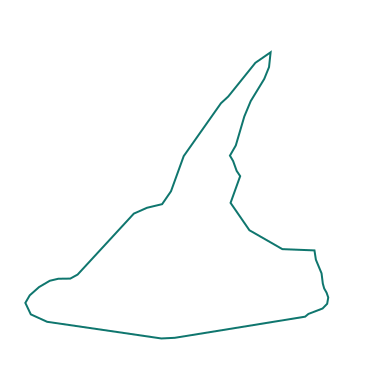 the border of Andjouân, rotated 98°
{"feature_id": "COM-4936", "entity_name": "Andjouân", "entity_type": "state/province", "adm_level": 1, "iso_a3": "COM", "parent_name": "Comoros", "parent_adm1": "", "projection": "mercator", "projection_center": [44.402, -12.222], "detail": "fine", "context": "isolated", "style": "outline", "palette": "teal", "viewbox_px": 384, "rotation_deg": 98, "n_neighbors": 0, "source": "natural_earth", "source_scale": "10m", "svg_char_len": 675}
<svg xmlns="http://www.w3.org/2000/svg" viewBox="0 0 384 384"><g transform="rotate(98 192 192)"><path d="M341.3,202.0L340.7,317.4L335.6,334.6L325.0,341.6L316.9,338.3L307.4,330.2L299.7,320.5L296.5,312.3L294.7,300.5L289.7,293.8L221.5,246.6L213.9,234.4L208.2,219.9L194.2,212.9L157.6,205.2L100.1,175.7L92.4,169.4L55.2,147.2L42.7,133.6L57.6,133.1L70.0,136.2L93.8,146.5L109.9,150.7L139.8,155.1L150.7,159.5L155.6,155.6L164.9,150.7L169.6,146.5L197.4,152.3L221.9,129.8L236.0,94.6L232.8,62.6L241.8,59.9L254.5,52.4L264.5,49.7L269.1,47.7L273.0,44.7L277.5,42.4L283.9,42.6L289.2,46.5L296.5,59.7L299.7,62.6L338.8,188.8L341.3,202.0Z" fill="none" stroke="#0f766e" stroke-width="2"/></g></svg>